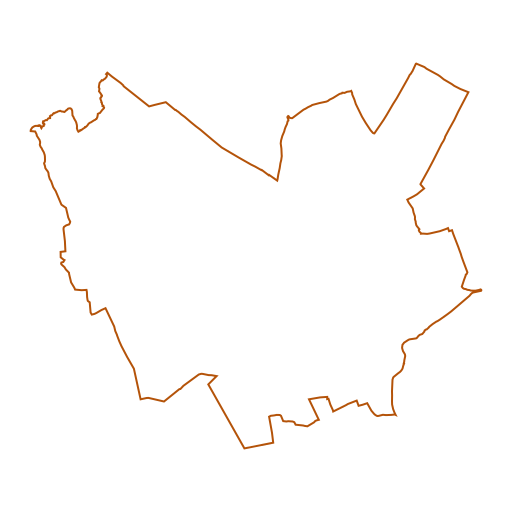 Dragomiresti, Neamt, Romania (Albers equal-area conic projection)
{"feature_id": "2599482B54225851874210", "entity_name": "Dragomiresti", "entity_type": "district", "adm_level": 2, "iso_a3": "ROU", "parent_name": "Romania", "parent_adm1": "Neamt", "projection": "albers", "projection_center": [26.579, 47.028], "detail": "fine", "context": "isolated", "style": "outline", "palette": "amber", "viewbox_px": 512, "rotation_deg": 0, "n_neighbors": 0, "source": "geoboundaries", "source_scale": "gbopen_adm2", "svg_char_len": 5867}
<svg xmlns="http://www.w3.org/2000/svg" viewBox="0 0 512 512"><path d="M458.1,111.9L468.4,92.2L460.4,89.0L454.3,85.9L451.8,84.1L443.8,79.4L440.1,76.4L437.9,74.9L426.5,68.7L424.5,67.1L416.2,63.6L415.8,63.9L412.4,71.3L412.0,71.8L410.8,73.8L409.7,74.9L408.1,78.1L396.7,98.3L393.2,103.8L386.7,114.9L383.6,119.9L374.4,133.4L373.7,133.3L372.9,132.9L370.6,130.3L365.7,122.9L362.0,116.7L355.8,104.0L354.4,99.6L352.2,94.4L352.1,92.9L351.2,90.9L350.5,91.3L347.0,91.8L344.6,92.9L342.3,92.7L341.8,93.4L340.2,93.7L339.1,94.2L333.0,98.0L329.5,99.7L328.0,100.9L326.4,101.6L319.3,103.1L312.2,105.0L311.2,105.7L308.0,107.2L305.2,108.9L304.4,109.2L303.1,110.0L292.3,118.1L291.1,118.1L289.7,117.8L288.5,116.1L288.2,116.0L287.4,117.0L287.4,117.3L288.4,119.8L288.4,120.6L287.6,121.3L287.0,124.0L285.5,127.2L284.7,129.5L284.2,131.5L282.3,136.0L281.1,140.3L280.7,143.4L281.4,148.6L281.7,155.5L281.8,155.9L281.2,160.1L280.4,163.3L279.7,168.1L278.3,174.5L277.5,179.5L277.2,180.6L269.1,174.9L268.8,175.3L261.7,169.9L261.3,169.8L261.2,170.0L255.0,166.5L251.1,164.6L238.3,157.3L221.7,147.5L212.0,139.5L200.4,129.7L195.9,126.3L191.0,122.3L184.7,116.9L181.4,114.5L178.2,111.7L177.4,111.3L175.7,109.9L175.2,110.0L174.7,109.6L165.8,102.2L154.7,104.9L149.1,106.4L123.6,86.2L123.3,85.4L120.7,83.0L112.0,76.6L107.3,72.7L106.1,74.1L106.5,74.4L106.9,75.1L106.8,76.2L106.4,77.1L104.9,78.8L103.7,79.5L102.9,80.3L102.6,80.5L101.7,80.2L101.6,80.3L100.9,81.4L99.7,82.7L99.4,83.6L98.8,87.3L99.4,88.5L99.3,89.9L99.0,91.3L100.3,93.0L102.0,95.6L102.0,95.9L101.3,96.2L101.2,97.4L100.8,97.6L100.3,98.1L100.3,98.3L100.4,98.6L100.5,99.2L101.3,101.2L101.3,102.1L101.6,102.1L101.8,102.4L102.1,104.5L102.6,105.2L103.2,105.7L102.7,106.2L103.7,106.9L104.1,107.5L103.9,108.3L102.4,109.8L99.9,113.0L98.5,113.5L97.8,113.9L97.7,115.5L97.4,116.2L97.5,116.8L97.0,117.7L96.8,118.4L96.4,119.0L96.0,119.0L95.2,119.8L93.9,120.4L91.0,122.3L89.8,122.8L88.6,123.7L87.5,125.3L86.2,126.7L85.4,126.9L85.5,127.1L84.9,127.6L83.1,128.7L82.0,129.6L80.5,130.1L80.7,130.4L78.4,131.7L77.6,130.4L76.9,128.3L77.0,126.7L76.9,125.1L76.2,122.4L75.4,120.7L75.1,120.3L73.9,118.1L73.3,116.6L72.5,115.5L72.2,110.8L71.6,109.3L70.6,108.4L69.4,108.3L68.2,108.6L67.8,108.9L67.3,109.7L66.7,109.9L64.7,111.8L64.3,112.0L63.1,111.6L61.7,111.5L60.1,110.8L59.1,111.2L58.3,111.3L56.7,112.2L55.3,112.6L54.6,113.2L54.2,113.4L53.6,113.2L52.9,114.0L52.0,115.2L51.5,115.4L50.8,115.4L49.9,116.2L50.1,116.9L50.1,118.1L48.4,118.3L48.0,118.7L46.9,120.2L45.8,120.1L45.5,120.3L44.1,121.0L43.9,121.3L43.1,121.3L42.9,122.2L42.9,123.2L43.3,123.8L43.7,123.5L44.0,123.5L44.4,124.0L44.4,124.6L43.8,125.2L43.7,126.0L42.7,126.3L41.8,127.0L41.7,127.7L41.4,128.2L41.0,127.5L40.6,125.7L39.4,125.2L39.0,125.3L39.2,125.9L38.9,126.0L38.0,126.0L37.9,125.8L35.5,125.9L34.4,126.2L32.4,127.4L31.5,128.6L30.7,130.2L30.7,131.1L35.2,131.5L36.6,134.4L36.8,135.7L39.5,139.9L40.1,141.8L40.1,143.1L39.8,144.8L40.5,146.6L41.0,147.4L41.7,148.3L42.2,149.5L43.8,152.3L44.7,155.0L44.9,156.4L45.0,159.8L44.9,161.7L44.1,163.2L44.2,163.8L45.0,166.1L45.3,168.0L45.9,169.0L47.8,171.5L48.4,172.8L48.8,175.8L49.7,178.8L51.2,181.4L53.3,187.3L55.7,191.1L61.3,204.4L61.6,204.8L66.0,207.9L68.1,216.8L68.2,217.4L69.2,219.7L70.2,221.6L70.0,222.7L69.1,224.4L66.3,225.3L64.0,226.9L63.6,227.9L63.5,229.1L64.9,241.1L65.4,251.3L60.6,251.9L60.7,257.3L63.5,259.6L64.5,260.1L63.3,262.0L61.4,262.5L61.1,263.3L61.4,264.4L64.5,267.2L65.8,269.4L69.0,272.7L69.1,274.0L71.1,282.4L74.3,287.7L75.1,289.6L81.7,290.2L86.5,289.9L86.9,292.1L87.1,297.0L87.5,299.7L87.7,300.6L88.0,301.1L89.7,302.3L90.6,312.5L91.8,314.6L94.5,313.9L96.2,313.1L101.5,310.0L105.5,308.2L114.2,326.5L115.3,331.1L116.9,334.7L117.1,335.5L119.3,341.3L121.5,346.2L127.1,356.9L133.9,368.7L140.6,399.3L146.6,398.0L148.5,397.9L164.0,401.5L179.4,389.1L180.4,389.0L183.4,385.8L198.8,374.5L201.2,373.8L202.7,373.9L208.6,375.1L211.6,375.2L216.6,376.1L208.3,384.4L244.4,448.4L273.2,442.7L272.0,432.8L269.1,416.7L270.8,415.8L274.2,415.4L276.7,414.9L279.8,415.0L281.0,415.8L283.2,421.1L286.4,421.5L288.2,421.2L292.6,421.5L294.3,422.2L295.6,424.7L303.2,425.5L304.6,425.9L307.4,426.3L314.1,422.3L315.1,421.1L316.5,420.4L318.8,419.8L309.0,399.3L320.1,397.4L327.2,396.9L327.2,399.1L328.5,398.8L330.3,404.5L332.9,410.2L333.2,411.5L345.9,405.2L347.9,404.0L356.7,400.6L358.6,405.8L362.8,404.7L367.2,403.2L371.4,410.7L374.1,413.9L375.5,415.1L377.2,416.0L378.6,415.9L382.9,414.8L386.0,415.1L391.3,414.9L394.7,414.5L395.6,414.9L394.4,412.4L393.1,409.0L392.1,404.5L392.0,401.3L392.1,395.4L392.0,391.3L392.5,379.7L393.2,377.5L393.7,376.9L398.1,373.3L399.9,372.0L400.9,371.0L402.1,369.4L402.6,368.3L403.2,365.9L404.0,363.7L403.7,363.6L404.2,361.7L404.3,360.4L405.2,356.1L405.1,355.2L404.9,354.3L404.4,353.4L403.0,351.1L402.2,348.4L402.1,347.5L402.5,344.7L403.6,343.4L403.9,342.8L407.7,340.3L408.9,339.6L409.9,339.3L416.1,338.4L417.1,337.7L418.1,336.3L419.6,334.9L422.3,334.0L424.4,331.5L424.6,330.5L425.8,329.6L426.7,329.4L428.9,327.4L429.1,326.9L432.6,324.1L436.5,321.5L437.4,321.2L437.7,321.0L439.9,319.6L447.5,314.2L451.2,311.4L469.5,295.8L470.9,294.1L472.1,293.0L473.2,292.5L481.1,290.8L481.3,290.5L481.2,289.8L480.6,289.4L478.8,290.0L475.4,290.7L470.9,290.6L469.5,290.1L467.3,289.8L465.8,289.1L464.0,288.8L462.9,288.1L461.8,286.7L464.1,279.7L465.7,275.4L465.8,274.6L466.6,274.1L467.4,272.3L463.4,261.7L461.6,256.7L460.8,253.9L458.7,248.2L458.6,247.8L453.3,234.1L452.0,230.2L449.1,231.2L448.0,228.1L446.0,229.0L439.8,231.2L429.7,233.5L427.2,233.9L423.0,233.6L421.1,233.7L421.2,233.3L419.6,231.9L418.9,230.6L418.8,230.0L419.4,229.2L417.0,226.3L416.3,225.2L415.7,222.6L415.7,221.7L414.9,219.1L415.0,217.6L414.9,216.3L413.6,212.7L412.7,208.4L408.6,202.5L407.3,199.6L413.3,196.5L416.9,194.4L424.1,188.5L420.5,184.4L420.5,184.0L428.3,169.9L433.3,160.4L441.6,143.9L443.6,140.7L444.9,137.9L445.1,136.8L448.9,129.6L454.4,119.7L458.1,111.9Z" fill="none" stroke="#b45309" stroke-width="2"/></svg>